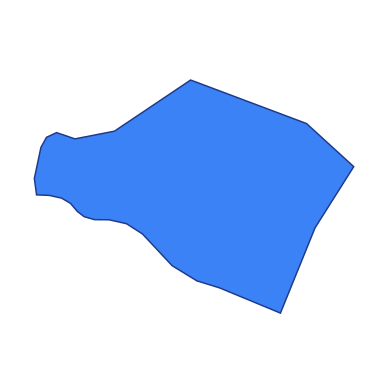 the Municipality of Šempeter-Vrtojba, rotated 186°
{"feature_id": "SVN-261", "entity_name": "Šempeter-Vrtojba", "entity_type": "Municipality", "adm_level": 1, "iso_a3": "SVN", "parent_name": "Slovenia", "parent_adm1": "", "projection": "natural_earth1", "projection_center": [13.656, 45.922], "detail": "fine", "context": "isolated", "style": "filled", "palette": "blue", "viewbox_px": 384, "rotation_deg": 186, "n_neighbors": 0, "source": "natural_earth", "source_scale": "10m", "svg_char_len": 464}
<svg xmlns="http://www.w3.org/2000/svg" viewBox="0 0 384 384"><g transform="rotate(186 192 192)"><path d="M33.8,234.1L65.9,169.2L91.4,80.8L154.9,99.6L177.8,104.1L204.0,116.6L236.9,145.1L253.8,153.6L271.6,155.7L286.1,154.3L296.7,156.2L303.9,160.6L311.7,168.0L321.2,172.3L333.5,173.7L346.3,172.9L350.2,189.0L346.9,220.6L342.4,231.2L332.9,236.9L314.0,232.6L275.5,244.4L205.1,303.2L85.2,272.0L33.8,234.1Z" fill="#3b82f6" stroke="#1e3a8a" stroke-width="1.5"/></g></svg>